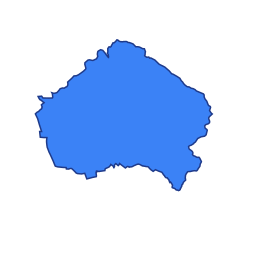 the district of Tarnova, Arad, Romania, rotated 236°
{"feature_id": "2599482B94881102613280", "entity_name": "Tarnova", "entity_type": "district", "adm_level": 2, "iso_a3": "ROU", "parent_name": "Romania", "parent_adm1": "Arad", "projection": "robinson", "projection_center": [21.761, 46.274], "detail": "fine", "context": "isolated", "style": "filled", "palette": "blue", "viewbox_px": 256, "rotation_deg": 236, "n_neighbors": 0, "source": "geoboundaries", "source_scale": "gbopen_adm2", "svg_char_len": 5511}
<svg xmlns="http://www.w3.org/2000/svg" viewBox="0 0 256 256"><g transform="rotate(236 128 128)"><path d="M92.5,205.7L93.6,205.4L94.9,205.3L96.9,205.4L98.8,207.9L99.5,208.2L100.0,208.2L101.1,207.6L101.6,207.4L102.8,207.5L106.1,208.3L109.2,208.1L111.1,208.5L112.9,209.6L114.1,209.6L120.2,205.6L120.9,205.3L122.2,205.1L124.1,204.1L125.7,202.6L127.8,201.7L129.1,200.2L130.0,199.8L131.0,199.6L131.5,199.3L132.9,199.1L133.7,198.9L135.6,199.0L137.4,198.6L140.2,198.8L143.5,197.4L147.5,195.4L148.6,194.5L152.3,194.1L157.9,192.6L163.4,189.5L169.3,188.3L173.3,186.1L173.8,185.0L175.2,184.9L176.2,183.0L178.6,182.2L179.6,183.5L180.7,184.2L181.4,185.1L184.5,185.9L185.6,184.5L188.0,183.2L189.0,182.5L190.0,181.4L191.0,179.9L192.7,179.6L194.9,179.2L196.9,177.8L198.4,176.6L198.9,175.8L200.1,175.4L200.9,174.7L201.2,174.0L202.1,172.8L202.3,172.0L203.9,169.9L204.7,169.4L205.4,169.0L206.1,169.0L206.4,168.6L206.9,168.5L207.3,168.1L206.7,166.2L206.6,165.5L206.4,164.3L206.6,163.8L207.0,163.0L206.4,162.1L205.6,160.3L205.0,159.6L205.0,158.6L205.9,157.7L205.5,156.5L205.2,155.7L204.5,155.2L203.4,154.5L202.4,153.9L202.0,153.5L201.8,153.0L201.2,152.6L200.5,152.7L199.6,152.6L199.2,152.2L198.2,151.9L197.5,151.3L198.0,151.1L201.1,150.9L203.1,150.9L206.5,150.5L208.2,149.1L208.4,146.3L208.1,145.5L206.4,143.9L204.2,142.9L203.0,140.6L203.6,136.7L204.4,135.8L206.0,134.3L206.7,132.8L206.2,128.8L204.9,127.8L201.1,126.5L200.5,125.8L200.0,122.9L199.8,116.9L200.2,114.4L201.4,112.3L200.7,109.5L199.8,103.6L198.8,103.2L197.6,102.4L196.9,101.6L196.4,100.2L196.7,99.5L196.7,97.4L197.8,96.1L198.2,94.8L198.5,93.7L197.9,92.1L197.1,89.1L197.4,87.8L198.2,85.9L199.8,84.6L198.8,84.5L195.7,82.9L195.2,82.3L195.2,82.1L196.7,79.6L200.4,74.3L202.7,74.2L204.4,71.1L202.4,70.8L200.8,70.8L200.5,71.0L199.7,71.4L198.9,71.7L197.1,72.1L196.5,72.5L195.9,72.6L195.7,69.2L195.3,69.0L194.9,69.0L194.5,68.8L194.3,68.8L193.5,68.7L193.0,67.9L192.7,67.8L192.1,66.8L192.3,66.3L192.3,65.8L191.8,63.5L191.7,62.7L191.9,61.9L191.9,61.3L191.5,59.1L186.2,58.3L182.5,57.1L180.0,56.3L173.4,54.4L174.5,52.8L169.4,50.1L167.2,52.8L165.4,55.4L163.3,53.6L162.0,52.7L160.9,52.1L158.6,50.9L158.3,50.8L157.4,50.3L151.8,49.0L151.5,49.0L149.4,48.7L145.3,48.0L142.4,47.5L141.5,47.3L138.8,46.7L137.0,46.4L135.3,47.8L134.7,48.4L134.0,49.3L131.8,51.9L129.8,54.6L128.5,54.0L127.1,55.9L126.8,57.2L126.5,57.9L125.9,58.6L124.0,59.1L120.2,59.8L119.7,59.8L118.4,60.7L115.9,63.8L114.6,66.8L108.8,65.4L107.9,68.0L106.9,70.9L105.4,74.5L106.0,75.1L108.2,76.2L108.9,76.6L108.9,76.8L108.9,77.2L109.3,77.2L109.4,77.6L109.9,77.7L109.9,77.9L109.5,78.4L109.0,78.7L108.8,79.0L108.5,79.2L108.3,79.6L108.1,79.7L108.1,79.9L106.8,82.5L106.1,84.0L105.6,85.0L106.7,86.0L106.9,86.3L106.9,87.0L106.5,89.0L106.3,90.8L106.9,92.6L107.4,93.4L104.5,94.4L104.2,94.4L103.4,94.1L102.5,93.8L103.2,94.4L103.4,94.7L103.5,95.2L103.9,95.3L104.4,95.7L104.8,96.0L105.0,96.6L105.1,96.9L105.2,97.3L105.3,98.0L101.7,99.0L102.3,99.1L102.5,99.6L102.7,100.4L103.3,101.1L96.5,103.4L96.3,103.5L96.3,103.9L96.4,104.1L96.4,104.5L96.4,105.1L96.5,105.4L96.4,106.1L95.6,106.9L95.1,106.9L94.8,107.1L94.9,107.6L94.1,108.6L93.6,110.0L93.5,110.6L93.5,111.6L93.2,112.9L93.0,114.2L92.8,115.1L92.8,115.3L92.7,115.6L92.4,115.9L92.2,116.6L91.6,117.0L91.3,117.3L91.0,117.5L90.3,118.0L89.8,118.0L89.5,118.1L89.2,118.3L89.0,118.6L88.6,118.9L88.2,119.0L88.1,119.4L87.6,119.7L86.6,120.9L86.0,121.3L85.4,122.1L85.0,122.6L84.5,123.0L83.7,123.2L82.3,123.2L81.2,123.6L80.6,123.6L79.4,124.1L78.0,124.6L78.0,127.4L77.8,127.4L77.5,127.8L77.0,128.1L75.1,129.3L72.4,131.3L71.8,131.3L71.2,131.4L70.1,131.3L69.8,131.3L69.1,131.3L68.6,131.5L68.1,131.6L67.7,131.5L67.1,131.4L66.6,131.5L65.6,131.7L65.0,132.2L64.7,132.7L64.3,132.7L63.9,132.7L63.3,132.7L62.8,132.8L62.2,132.9L61.7,132.7L61.4,132.6L61.1,132.6L60.7,132.5L60.3,132.3L60.0,132.3L59.6,132.3L59.8,132.6L59.8,132.9L59.4,133.0L59.1,133.1L58.8,133.1L58.4,133.1L58.0,133.1L57.4,133.1L56.8,133.0L56.2,133.0L55.9,133.0L55.7,132.9L55.3,132.6L55.2,132.4L55.1,132.2L54.9,132.0L54.5,131.8L54.4,131.7L54.1,131.5L54.0,131.4L53.9,131.5L53.4,131.6L53.2,131.7L52.9,132.0L52.6,132.2L52.5,132.4L52.3,132.5L52.1,132.6L51.8,132.8L51.7,132.9L50.9,133.1L50.0,133.2L49.8,133.3L49.6,133.4L49.4,133.6L49.2,133.9L48.6,134.5L47.9,134.8L47.8,135.1L47.8,135.3L47.6,135.9L47.6,136.2L47.7,136.4L47.8,136.6L47.9,136.9L47.9,137.0L48.2,137.2L48.4,137.4L48.5,137.7L48.5,137.9L48.6,138.1L48.9,138.4L49.0,138.7L49.3,139.2L49.4,139.5L49.8,140.1L49.9,140.3L50.1,140.4L50.5,140.5L50.8,141.1L50.9,141.4L50.8,141.6L50.8,141.8L50.9,142.0L51.0,142.2L51.2,142.3L51.4,142.5L51.5,142.9L52.0,143.5L52.2,144.5L52.4,145.1L52.4,145.3L52.4,145.6L52.4,145.8L52.5,146.0L52.5,146.4L52.5,146.5L53.0,146.8L53.2,147.0L53.4,147.0L53.6,147.1L53.8,147.3L54.4,147.4L54.5,147.4L54.7,147.6L54.8,147.7L54.9,147.8L55.1,148.0L55.3,148.2L55.5,148.3L55.8,148.6L56.0,148.7L56.4,149.0L56.5,149.1L56.9,149.7L57.0,149.8L57.1,150.0L57.3,150.3L58.3,152.7L58.3,153.3L57.0,155.5L56.6,156.7L55.6,159.0L54.2,160.7L54.1,161.2L54.4,162.3L55.1,163.6L56.0,166.1L57.8,167.8L58.6,169.4L59.1,170.1L62.8,170.6L64.0,170.5L65.2,168.7L67.1,167.8L68.6,166.7L70.1,166.7L70.5,167.4L71.3,168.0L72.5,168.2L73.9,167.9L75.1,167.4L76.2,167.0L77.0,167.1L78.8,167.9L78.9,169.2L78.4,170.8L78.3,173.6L78.6,174.0L78.7,176.1L80.3,179.9L80.0,182.4L79.8,183.7L78.4,186.9L78.5,188.3L78.7,189.0L81.8,192.4L82.6,192.6L83.9,192.1L85.0,191.9L86.9,192.8L87.3,194.3L86.6,197.0L86.8,198.5L87.5,199.2L88.7,199.7L90.2,199.9L91.4,200.7L91.9,202.0L92.5,205.7Z" fill="#3b82f6" stroke="#1e3a8a" stroke-width="1.5"/></g></svg>